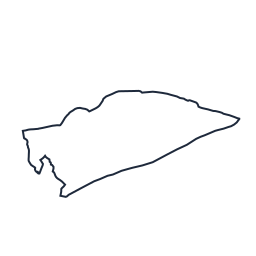 Sikhottabong, Vientiane [prefecture], Laos, rotated 153°
{"feature_id": "54806243B78936618260326", "entity_name": "Sikhottabong", "entity_type": "district", "adm_level": 2, "iso_a3": "LAO", "parent_name": "Laos", "parent_adm1": "Vientiane [prefecture]", "projection": "equal_earth", "projection_center": [102.525, 18.0], "detail": "fine", "context": "isolated", "style": "outline", "palette": "slate", "viewbox_px": 256, "rotation_deg": 153, "n_neighbors": 0, "source": "geoboundaries", "source_scale": "gbopen_adm2", "svg_char_len": 2369}
<svg xmlns="http://www.w3.org/2000/svg" viewBox="0 0 256 256"><g transform="rotate(153 128 128)"><path d="M219.0,98.3L214.7,94.9L213.4,94.8L211.2,95.4L196.7,95.7L182.3,95.9L176.2,95.2L167.9,94.7L162.6,93.4L153.2,92.8L145.7,91.3L141.9,90.5L132.1,88.1L121.5,86.3L105.3,86.6L93.9,86.7L83.2,86.3L72.2,87.4L67.2,87.2L63.0,86.7L58.7,86.4L51.5,85.9L48.6,85.3L43.0,84.0L38.0,83.3L35.4,82.8L31.9,82.9L28.6,83.6L26.8,84.5L24.7,85.5L24.6,85.8L26.2,87.2L28.3,89.6L31.9,93.4L34.0,95.2L36.5,97.4L37.4,98.9L39.1,100.6L41.1,102.3L42.4,103.4L44.3,104.5L48.2,108.2L52.8,112.0L54.3,113.5L55.5,115.0L55.2,116.6L55.2,118.3L55.7,119.7L56.5,120.6L58.1,122.3L60.4,124.7L61.2,125.0L62.1,125.0L63.3,126.3L64.3,127.7L64.9,128.8L68.0,131.1L70.1,133.9L74.9,138.2L77.4,140.6L81.5,143.7L86.5,147.2L89.5,149.1L97.8,152.5L99.4,153.1L100.2,155.0L101.6,156.2L106.6,158.6L119.5,164.9L122.3,165.4L126.7,165.5L130.5,165.8L133.1,166.0L136.6,165.2L138.3,163.7L141.7,161.8L143.4,160.9L145.5,160.4L147.9,160.2L154.2,160.3L154.8,160.4L155.0,160.4L155.9,162.7L157.4,164.4L159.6,166.0L161.6,167.7L164.1,168.7L166.4,169.0L169.1,168.6L172.0,168.4L173.6,168.0L174.9,167.3L176.3,167.0L179.6,165.6L182.6,163.7L184.7,162.4L187.0,161.3L187.7,161.4L189.8,162.6L194.3,164.3L204.3,166.9L207.9,168.0L208.3,168.0L213.0,169.9L215.9,171.2L217.7,171.8L220.2,172.3L220.6,172.4L223.0,173.2L224.7,167.8L225.1,166.6L225.2,166.0L225.0,165.5L224.5,165.2L224.3,164.7L223.6,163.2L223.6,162.1L223.9,161.0L224.7,160.1L225.4,159.0L225.4,157.5L225.9,156.1L226.0,154.5L226.4,153.1L227.1,151.7L228.2,149.8L229.5,147.4L230.7,145.4L231.4,143.9L231.4,142.4L231.3,141.0L231.1,139.1L230.2,137.4L228.9,135.2L228.8,134.5L229.5,133.8L229.8,133.0L229.8,131.4L229.4,130.4L229.1,130.0L229.0,129.9L228.9,129.8L228.7,129.9L228.6,130.0L228.4,130.0L228.3,129.7L228.7,129.3L228.9,129.2L228.7,128.7L228.5,128.2L227.9,127.8L227.6,127.7L226.4,128.7L225.1,129.9L223.0,131.8L221.9,132.7L220.9,133.6L220.1,134.6L220.3,136.9L220.4,138.2L220.6,139.3L217.7,139.7L215.8,140.3L214.5,140.9L214.4,139.6L213.7,138.0L212.3,135.7L213.1,133.4L212.6,132.6L212.6,132.0L213.3,130.4L212.4,129.5L212.0,127.2L212.8,125.7L213.8,124.5L214.8,123.4L214.1,122.1L214.1,121.0L214.4,118.4L214.3,116.9L213.9,115.5L213.3,114.3L212.2,112.5L211.1,110.2L209.8,106.1L211.6,105.2L214.3,104.4L215.1,104.0L216.4,101.6L217.7,99.9L219.0,98.3Z" fill="none" stroke="#1e293b" stroke-width="2"/></g></svg>